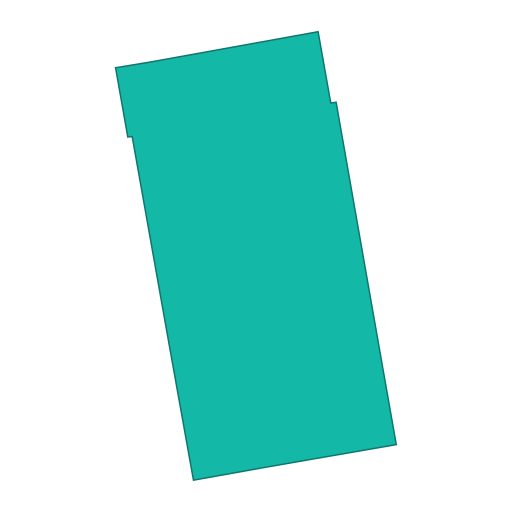 the district of Perry, Mississippi, United States of America, rotated 170°
{"feature_id": "52423323B55832283983627", "entity_name": "Perry", "entity_type": "district", "adm_level": 2, "iso_a3": "USA", "parent_name": "United States of America", "parent_adm1": "Mississippi", "projection": "robinson", "projection_center": [-88.978, 31.172], "detail": "fine", "context": "isolated", "style": "filled", "palette": "teal", "viewbox_px": 512, "rotation_deg": 170, "n_neighbors": 0, "source": "geoboundaries", "source_scale": "gbopen_adm2", "svg_char_len": 334}
<svg xmlns="http://www.w3.org/2000/svg" viewBox="0 0 512 512"><g transform="rotate(170 256 256)"><path d="M287.7,46.3L240.4,46.2L150.6,45.9L150.6,117.3L150.4,393.5L155.8,393.7L155.9,466.1L327.3,465.4L361.6,465.8L361.6,395.5L357.2,395.1L356.9,179.2L356.5,46.1L287.7,46.3Z" fill="#14b8a6" stroke="#0f766e" stroke-width="1.5"/></g></svg>